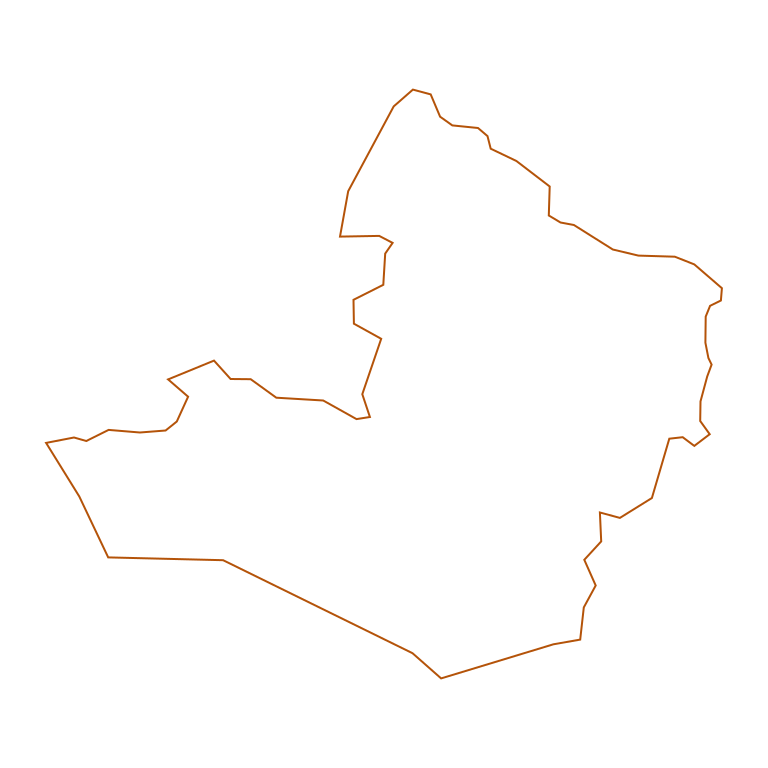 Pakhtachi, Samarkand, Uzbekistan (Mercator projection)
{"feature_id": "79887680B26985573212547", "entity_name": "Pakhtachi", "entity_type": "district", "adm_level": 2, "iso_a3": "UZB", "parent_name": "Uzbekistan", "parent_adm1": "Samarkand", "projection": "mercator", "projection_center": [65.552, 39.873], "detail": "fine", "context": "isolated", "style": "outline", "palette": "amber", "viewbox_px": 768, "rotation_deg": 0, "n_neighbors": 0, "source": "geoboundaries", "source_scale": "gbopen_adm2", "svg_char_len": 985}
<svg xmlns="http://www.w3.org/2000/svg" viewBox="0 0 768 768"><path d="M709.7,434.2L700.2,421.0L700.5,401.4L707.2,376.5L711.6,364.6L708.4,358.0L705.4,342.7L705.7,316.6L710.1,305.8L720.9,300.5L721.9,288.2L694.3,264.4L674.8,256.7L638.4,255.6L612.8,249.5L573.9,225.0L560.5,222.5L548.8,215.5L549.7,186.5L516.4,161.0L490.7,148.7L487.5,136.1L478.0,128.0L452.3,125.4L440.1,116.7L430.7,94.4L412.9,89.6L393.7,106.4L348.2,191.2L340.0,236.6L379.2,235.9L392.6,242.9L385.2,253.6L383.3,284.8L353.5,299.8L353.9,323.7L381.2,338.8L362.3,394.2L369.9,417.0L356.5,419.1L323.2,400.5L276.3,397.7L250.7,379.2L230.6,379.0L214.0,360.6L168.1,379.4L188.1,396.7L176.8,421.5L165.6,430.5L139.9,432.5L108.6,429.9L86.3,441.0L74.0,437.5L46.1,442.9L79.3,496.5L108.2,557.4L223.1,560.2L412.5,653.2L441.1,678.4L553.4,644.3L580.2,639.6L583.8,607.4L595.7,585.5L584.3,559.8L601.2,541.4L599.9,512.5L619.9,517.9L651.9,498.0L669.3,438.7L682.7,437.2L694.3,445.9L709.7,434.2Z" fill="none" stroke="#b45309" stroke-width="2"/></svg>